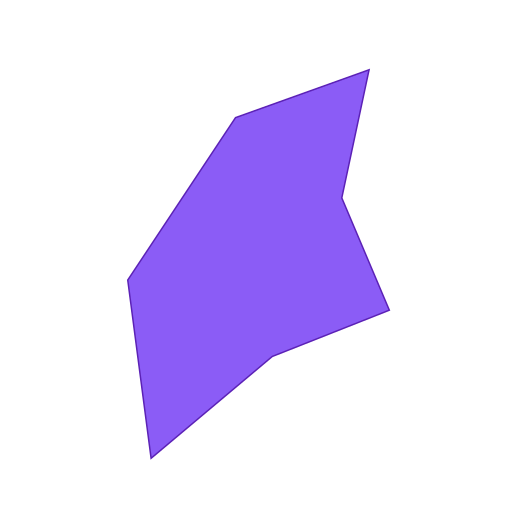 the state/province of Pietà, rotated 153°
{"feature_id": "MLT-5942", "entity_name": "Pietà", "entity_type": "state/province", "adm_level": 1, "iso_a3": "MLT", "parent_name": "Malta", "parent_adm1": "", "projection": "orthographic", "projection_center": [14.493, 35.889], "detail": "fine", "context": "isolated", "style": "filled", "palette": "violet", "viewbox_px": 512, "rotation_deg": 153, "n_neighbors": 0, "source": "natural_earth", "source_scale": "10m", "svg_char_len": 266}
<svg xmlns="http://www.w3.org/2000/svg" viewBox="0 0 512 512"><g transform="rotate(153 256 256)"><path d="M441.3,123.4L381.2,292.8L211.4,388.6L70.7,370.6L153.2,268.8L161.8,147.2L287.1,159.1L441.3,123.4Z" fill="#8b5cf6" stroke="#5b21b6" stroke-width="1.5"/></g></svg>